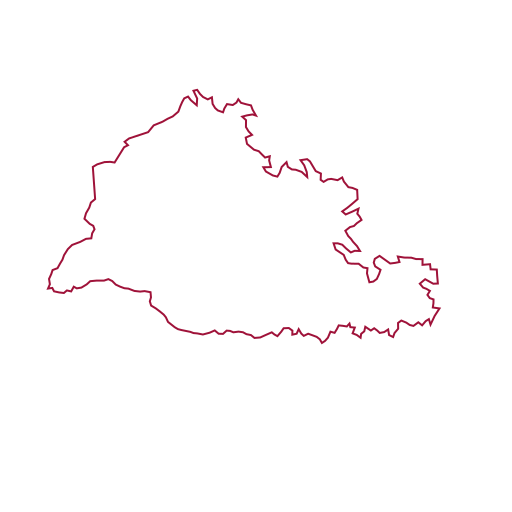 outline of Mato Rico, Paraná, Brazil, rotated 209°
{"feature_id": "56859067B20079776482103", "entity_name": "Mato Rico", "entity_type": "district", "adm_level": 2, "iso_a3": "BRA", "parent_name": "Brazil", "parent_adm1": "Paraná", "projection": "albers", "projection_center": [-52.238, -24.697], "detail": "fine", "context": "isolated", "style": "outline", "palette": "rose", "viewbox_px": 512, "rotation_deg": 209, "n_neighbors": 0, "source": "geoboundaries", "source_scale": "gbopen_adm2", "svg_char_len": 3591}
<svg xmlns="http://www.w3.org/2000/svg" viewBox="0 0 512 512"><g transform="rotate(209 256 256)"><path d="M392.7,362.5L395.2,359.1L395.2,354.9L394.8,350.4L393.9,344.6L396.5,337.7L399.8,333.2L402.8,328.2L408.8,320.7L410.4,312.0L424.0,297.3L426.3,292.2L421.7,290.8L424.1,287.2L425.0,269.2L429.1,267.7L434.0,264.7L439.3,259.2L441.9,254.8L424.3,227.8L426.3,222.7L425.3,217.5L425.4,211.0L424.1,205.4L417.0,203.5L413.0,203.5L410.2,201.1L410.3,196.4L408.6,191.6L413.0,188.6L416.6,183.1L422.2,176.5L423.9,170.8L424.3,163.7L423.5,158.9L423.7,154.6L423.7,149.1L427.1,145.1L426.3,140.9L425.9,135.6L422.6,131.4L422.1,126.7L418.7,129.3L415.5,127.2L410.5,128.7L406.1,130.5L404.7,134.2L400.5,135.4L400.5,140.8L397.1,140.8L393.4,143.7L390.3,149.1L388.8,153.6L383.5,157.2L377.0,160.8L373.9,164.2L369.6,164.4L364.8,163.0L360.1,163.3L355.5,164.0L351.8,165.6L345.4,166.5L340.1,168.7L336.4,171.3L330.7,173.2L327.8,168.9L326.9,164.9L323.7,161.8L318.2,161.6L312.7,160.8L308.3,160.0L305.1,158.7L301.0,155.7L292.5,154.3L288.8,154.2L285.3,155.1L276.7,157.8L273.3,158.3L269.9,159.8L264.4,161.6L259.4,166.4L256.0,170.9L251.0,169.9L247.1,171.9L245.5,176.5L242.4,177.9L238.8,178.3L234.6,181.4L230.4,183.0L226.5,183.0L222.1,184.4L217.6,183.6L212.8,186.8L209.3,191.5L205.2,196.9L201.9,196.3L198.4,196.3L197.2,202.1L196.8,206.2L192.4,208.9L188.0,208.4L186.1,204.8L182.8,207.7L183.2,212.7L178.8,210.1L175.5,209.3L172.7,213.3L168.4,214.0L163.7,214.7L159.8,214.1L156.2,211.9L154.5,215.1L153.5,219.4L154.2,225.9L150.0,226.9L149.8,231.5L150.0,235.4L146.3,237.0L142.4,238.4L141.5,242.2L139.0,239.5L134.9,241.3L134.0,235.2L129.6,235.8L124.9,235.2L126.3,238.9L124.8,242.6L126.1,247.1L119.4,246.5L117.6,250.1L113.9,249.6L110.5,248.7L107.0,251.6L104.8,255.8L101.3,251.4L96.8,251.6L97.5,255.8L96.4,261.3L99.3,266.3L97.6,270.0L92.2,270.6L88.1,270.2L84.4,271.2L81.9,276.7L77.1,275.9L76.0,281.3L74.2,284.6L70.1,280.6L70.7,290.2L70.1,299.1L76.4,296.7L77.9,300.7L79.7,304.1L83.6,303.4L87.2,305.1L87.0,309.8L91.1,309.9L94.5,309.4L99.3,311.2L96.8,317.7L87.5,317.7L83.6,320.1L88.0,326.6L91.3,331.8L96.8,329.0L99.8,333.2L106.1,329.0L108.8,334.0L114.6,330.9L119.4,329.8L125.6,326.5L131.7,324.3L127.6,320.3L130.9,317.5L135.0,314.5L148.0,316.0L150.7,311.1L149.8,307.3L146.7,304.7L140.4,304.3L139.6,299.9L139.2,294.5L141.0,290.5L144.1,288.0L150.5,294.6L152.6,299.4L156.5,298.0L162.5,299.0L168.7,295.6L172.0,294.4L175.7,296.2L179.8,299.5L189.5,300.3L194.3,304.7L190.7,306.7L186.0,307.7L181.0,306.3L174.8,305.1L172.2,308.4L167.5,310.8L172.4,313.6L178.1,315.5L181.2,317.0L185.1,318.2L190.1,321.4L187.8,326.9L184.9,329.7L183.7,333.6L181.2,338.7L184.4,340.7L187.9,342.1L189.3,347.1L193.3,341.5L197.7,335.8L202.2,336.8L199.6,342.2L197.4,347.7L194.7,355.0L199.6,362.9L204.7,362.3L208.6,361.0L215.2,363.7L218.7,366.5L221.4,361.9L227.6,359.9L230.4,357.8L232.8,353.6L236.4,354.0L239.2,359.6L244.9,359.2L254.7,364.9L258.2,365.5L263.5,361.4L257.8,358.7L252.3,354.0L249.5,349.9L256.8,351.7L263.1,350.7L266.6,349.1L271.4,349.4L274.8,352.9L276.7,346.3L275.6,340.2L275.8,335.8L280.3,334.6L288.3,334.7L292.6,337.2L289.1,339.2L286.1,341.0L290.8,345.9L292.3,349.9L295.8,346.5L300.1,347.7L304.4,349.0L309.3,348.0L318.2,349.7L322.4,354.6L318.2,360.0L322.9,361.4L327.3,363.9L330.6,370.0L335.6,371.2L332.1,374.6L327.7,378.1L324.1,378.8L329.9,382.3L333.4,385.3L338.3,383.9L343.4,382.7L347.5,384.5L347.5,380.7L349.5,376.8L355.0,374.8L355.2,369.6L354.5,365.7L360.0,364.8L363.5,365.6L367.7,368.0L371.5,373.4L374.1,369.6L379.4,369.4L383.6,370.6L388.0,372.8L390.8,370.2L383.8,365.2L380.9,359.1L388.6,360.7L392.7,362.5Z" fill="none" stroke="#9f1239" stroke-width="2"/></g></svg>